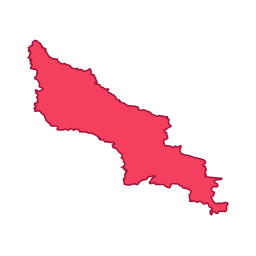 Jutaí, Amazonas, Brazil, rotated 95°
{"feature_id": "56859067B75336397853406", "entity_name": "Jutaí", "entity_type": "district", "adm_level": 2, "iso_a3": "BRA", "parent_name": "Brazil", "parent_adm1": "Amazonas", "projection": "equal_earth", "projection_center": [-67.953, -4.51], "detail": "fine", "context": "isolated", "style": "filled", "palette": "rose", "viewbox_px": 256, "rotation_deg": 95, "n_neighbors": 0, "source": "geoboundaries", "source_scale": "gbopen_adm2", "svg_char_len": 5860}
<svg xmlns="http://www.w3.org/2000/svg" viewBox="0 0 256 256"><g transform="rotate(95 128 128)"><path d="M121.2,87.0L119.1,88.2L116.2,87.8L115.7,88.1L115.2,90.1L114.3,90.3L113.8,89.5L113.3,90.0L113.5,92.6L113.0,94.6L113.4,95.7L112.7,97.6L113.7,99.6L113.1,102.7L112.0,105.7L111.2,106.2L110.9,107.4L110.1,108.0L109.7,110.0L108.6,113.1L108.6,114.3L109.2,116.3L108.9,118.9L106.4,119.8L106.2,120.2L105.7,123.2L105.8,128.8L105.3,131.5L103.7,133.6L103.4,135.8L102.3,138.7L101.7,138.3L101.3,138.5L100.8,139.3L100.7,141.1L100.1,142.2L98.3,142.9L96.4,145.1L96.1,146.5L95.2,147.8L94.1,150.7L93.5,151.5L92.5,151.9L91.4,150.6L91.0,150.7L90.8,151.4L91.2,153.3L91.1,154.4L90.1,156.0L89.4,158.5L87.6,159.9L87.2,161.3L87.0,164.2L86.6,164.6L85.9,164.7L85.6,164.3L85.9,162.9L84.5,162.9L83.0,164.2L81.3,164.4L81.0,165.3L79.4,165.6L78.9,166.3L77.9,166.7L78.1,167.3L77.7,167.9L77.9,169.6L75.4,169.5L73.4,170.1L72.5,170.8L72.4,171.6L73.8,172.8L75.5,177.0L75.3,177.6L74.7,177.8L73.8,179.3L74.3,183.1L73.4,183.3L72.9,183.8L73.5,185.5L73.5,187.5L72.8,190.0L72.6,190.3L71.5,190.4L70.9,191.2L69.9,195.5L69.4,196.4L69.5,198.0L69.9,198.3L70.0,199.2L69.0,201.6L67.1,203.8L65.5,204.5L65.9,205.6L65.3,207.2L65.7,208.3L65.6,209.3L64.8,210.3L63.8,212.8L63.1,213.1L62.4,214.1L61.5,214.3L60.3,215.4L59.4,215.8L59.1,216.5L57.5,217.4L57.1,216.5L56.3,216.9L55.8,217.7L55.8,218.7L55.2,219.9L55.1,220.8L54.5,220.6L53.2,221.0L52.7,222.1L51.2,222.8L50.6,224.4L49.2,226.2L48.9,227.2L48.9,228.7L49.7,229.1L50.2,230.1L52.0,230.8L54.1,230.4L54.5,230.9L54.7,232.4L56.2,232.8L56.5,234.2L58.7,233.7L59.1,232.4L59.4,232.4L59.8,233.8L60.4,233.6L61.0,232.0L62.1,231.2L62.4,231.3L62.9,232.5L64.7,232.3L66.6,233.5L67.0,232.0L68.1,231.5L68.2,230.1L69.2,230.5L69.5,231.4L70.7,230.1L72.5,231.0L73.3,229.3L74.2,229.1L74.8,229.6L75.3,229.5L76.2,230.4L77.1,230.2L77.4,229.5L77.6,228.3L77.6,225.3L78.5,223.9L79.8,223.4L81.0,223.1L81.5,223.7L82.1,223.3L83.5,223.6L84.5,223.9L85.5,225.2L87.0,225.2L87.9,222.6L88.4,221.9L91.6,219.9L94.6,220.1L95.4,217.3L96.7,216.1L99.1,219.3L98.9,221.0L98.1,222.6L98.2,223.4L98.6,223.6L99.1,223.4L100.2,222.2L101.1,222.9L101.4,222.7L102.5,220.8L103.1,220.5L104.3,220.9L105.2,221.8L105.8,221.8L107.1,220.0L109.7,220.8L109.9,220.1L110.5,220.1L111.6,222.1L111.3,222.8L111.5,223.2L113.4,223.2L113.8,222.6L113.7,221.8L113.9,221.4L115.4,222.1L116.0,221.9L116.1,223.1L116.8,223.2L117.8,222.3L119.3,222.2L119.2,220.6L118.6,219.8L118.9,218.5L118.8,218.1L118.4,218.1L118.4,217.7L119.3,216.6L121.3,215.2L121.7,213.5L122.1,213.5L122.6,212.5L123.3,212.5L124.0,211.7L124.9,211.7L127.1,210.3L127.8,210.3L128.3,209.2L130.0,207.5L130.1,206.3L131.0,206.2L132.4,205.2L132.7,202.5L132.2,200.1L132.8,198.3L133.9,197.5L135.2,198.6L136.0,198.1L135.8,196.9L136.0,195.2L135.4,193.3L135.7,192.5L134.5,190.1L135.3,188.2L135.3,186.9L133.4,184.9L135.1,181.6L133.7,181.0L134.1,178.3L133.6,177.4L135.0,176.0L135.6,176.2L136.1,175.7L136.2,175.2L135.6,174.3L136.0,172.2L135.5,170.7L136.5,166.5L136.3,163.4L136.7,162.3L137.5,161.4L137.5,160.1L139.5,156.8L140.1,156.5L140.3,154.8L140.9,154.7L141.4,155.7L141.9,155.4L142.2,154.1L142.0,151.7L143.8,149.8L143.6,148.4L143.9,146.5L143.5,145.6L144.0,144.6L143.7,142.5L144.3,140.2L144.9,140.0L145.5,141.3L146.4,141.4L146.5,141.9L146.9,141.4L148.4,141.5L148.9,141.0L149.3,138.6L150.4,136.8L152.3,135.4L154.4,132.4L155.5,131.5L156.7,131.1L157.7,132.0L158.4,132.1L159.6,129.7L162.3,129.5L163.0,128.2L164.1,127.8L165.6,128.3L167.5,130.3L167.4,129.5L167.7,129.1L167.6,128.7L168.4,128.4L168.8,128.9L169.3,127.8L169.7,127.9L169.7,127.2L170.1,127.0L169.6,126.5L169.9,126.2L170.3,126.5L170.6,125.0L171.6,125.6L171.9,126.3L172.7,126.6L173.0,126.4L174.0,126.8L174.2,126.5L175.1,126.8L175.2,127.2L176.5,126.7L178.5,126.9L178.9,127.2L178.8,127.8L179.4,128.2L184.4,126.6L184.4,125.2L184.9,123.5L184.6,122.2L184.7,121.5L184.1,119.9L183.7,119.4L183.1,116.8L183.2,115.5L183.7,114.1L183.0,113.1L182.0,112.8L181.5,112.0L180.7,112.0L179.0,109.8L178.9,109.1L178.4,109.0L178.4,108.2L178.0,107.7L178.2,107.1L177.9,106.8L177.9,105.7L177.4,104.9L175.6,104.1L174.3,101.8L173.8,99.4L173.2,98.7L173.7,97.8L173.8,96.7L174.2,96.9L175.7,99.4L179.1,101.0L180.4,102.0L181.2,101.5L181.4,100.3L181.2,99.3L180.2,97.2L180.8,95.7L181.7,95.8L181.8,95.4L181.5,90.1L181.1,88.2L181.6,86.9L182.8,85.6L183.5,84.0L184.0,81.7L182.6,80.5L180.7,80.2L179.6,79.3L179.4,73.6L179.8,72.5L180.9,71.5L180.8,70.3L181.0,69.6L181.9,69.2L182.8,68.1L183.1,66.8L183.0,65.1L184.2,61.1L185.0,60.2L186.0,59.7L188.0,60.0L189.0,61.3L190.4,60.6L192.0,60.9L194.4,59.6L194.5,60.1L195.5,60.0L195.7,58.7L194.8,55.6L195.9,53.0L195.6,51.8L194.7,50.2L195.5,47.9L196.8,47.0L197.1,45.6L196.9,44.7L195.7,43.1L195.8,42.2L199.5,40.1L200.3,37.9L200.8,37.3L202.4,37.5L203.1,38.8L204.0,38.3L204.7,39.0L206.6,38.2L207.1,37.6L206.9,36.9L204.9,36.7L203.8,35.3L203.9,34.6L205.1,33.2L205.3,31.2L203.9,30.8L203.0,29.4L202.7,27.8L202.8,24.6L202.6,23.6L201.1,22.6L197.1,23.0L195.0,21.8L193.9,22.5L193.7,24.2L195.0,28.9L194.8,30.7L195.6,32.8L195.3,34.5L194.0,36.4L190.1,39.1L189.4,38.9L188.1,37.2L185.5,36.1L184.4,36.6L183.6,38.8L182.8,39.4L181.6,39.4L179.8,38.8L178.8,37.5L179.1,35.3L178.9,34.5L178.4,33.7L177.7,33.4L175.9,34.2L174.6,37.1L173.0,37.4L171.9,35.1L171.2,30.9L170.6,30.2L170.0,30.2L169.9,47.1L169.4,47.2L168.1,45.9L167.7,46.9L166.5,46.9L165.0,47.6L164.4,47.5L163.6,46.4L162.6,46.8L162.1,46.6L160.2,47.8L159.5,47.6L159.4,48.8L158.3,50.1L156.2,47.7L154.4,48.1L153.2,49.6L152.4,52.8L151.5,59.8L150.0,65.7L149.9,67.9L150.1,69.2L149.1,70.8L149.4,71.9L149.3,72.3L148.6,73.2L147.7,73.2L147.0,74.0L145.7,74.4L142.0,73.5L141.1,73.8L141.2,74.7L142.8,76.5L142.0,79.0L142.1,80.0L143.3,80.7L143.6,81.4L142.4,83.9L142.3,89.9L140.4,90.4L139.8,91.0L137.0,91.3L136.5,90.8L135.9,88.8L134.3,87.5L133.2,88.1L132.4,88.1L131.3,89.1L129.6,88.9L128.6,91.2L127.2,91.5L126.6,90.2L124.9,88.9L122.7,85.4L121.8,85.5L121.2,87.0Z" fill="#f43f5e" stroke="#9f1239" stroke-width="1.5"/></g></svg>